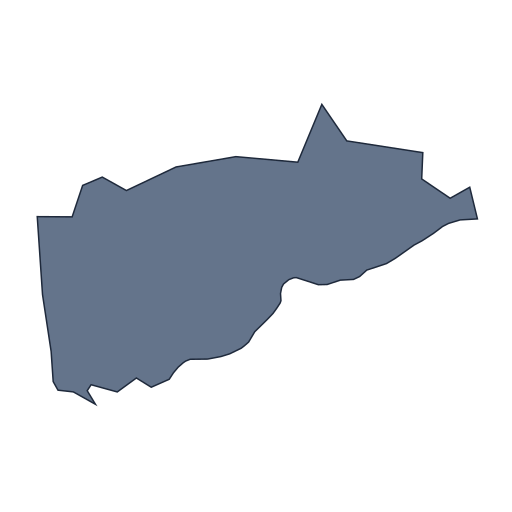 Pleasants, West Virginia, United States of America, rotated 182°
{"feature_id": "52423323B68684722164969", "entity_name": "Pleasants", "entity_type": "district", "adm_level": 2, "iso_a3": "USA", "parent_name": "United States of America", "parent_adm1": "West Virginia", "projection": "robinson", "projection_center": [-81.188, 39.372], "detail": "fine", "context": "isolated", "style": "filled", "palette": "slate", "viewbox_px": 512, "rotation_deg": 182, "n_neighbors": 0, "source": "geoboundaries", "source_scale": "gbopen_adm2", "svg_char_len": 940}
<svg xmlns="http://www.w3.org/2000/svg" viewBox="0 0 512 512"><g transform="rotate(182 256 256)"><path d="M338.4,129.8L334.5,136.3L329.9,142.2L325.0,146.8L322.7,148.5L318.2,150.5L300.8,151.3L287.5,154.3L278.9,157.3L267.6,163.3L264.8,165.6L260.4,169.7L254.6,180.3L242.9,192.6L237.0,199.2L233.4,204.6L230.2,209.9L229.5,212.2L230.2,219.4L229.2,225.6L227.5,229.0L222.4,233.5L217.5,235.6L214.8,235.8L192.7,229.5L183.9,230.0L171.0,234.8L157.7,236.0L151.7,239.1L144.8,245.8L125.3,253.0L116.5,258.7L98.5,272.4L90.6,277.0L79.2,285.0L70.6,292.0L64.7,295.3L53.3,299.2L36.0,300.8L44.8,332.2L64.0,320.5L93.1,338.8L92.9,365.1L169.3,374.2L195.5,409.8L217.5,351.2L279.6,354.6L339.0,342.2L387.8,316.9L412.4,329.5L431.7,320.5L441.1,288.7L476.0,287.7L468.0,210.0L457.4,153.4L454.3,123.4L449.2,115.0L433.8,113.8L411.3,102.2L420.0,115.5L416.3,121.6L389.9,115.3L371.3,129.9L356.1,121.2L338.4,129.8Z" fill="#64748b" stroke="#1e293b" stroke-width="1.5"/></g></svg>